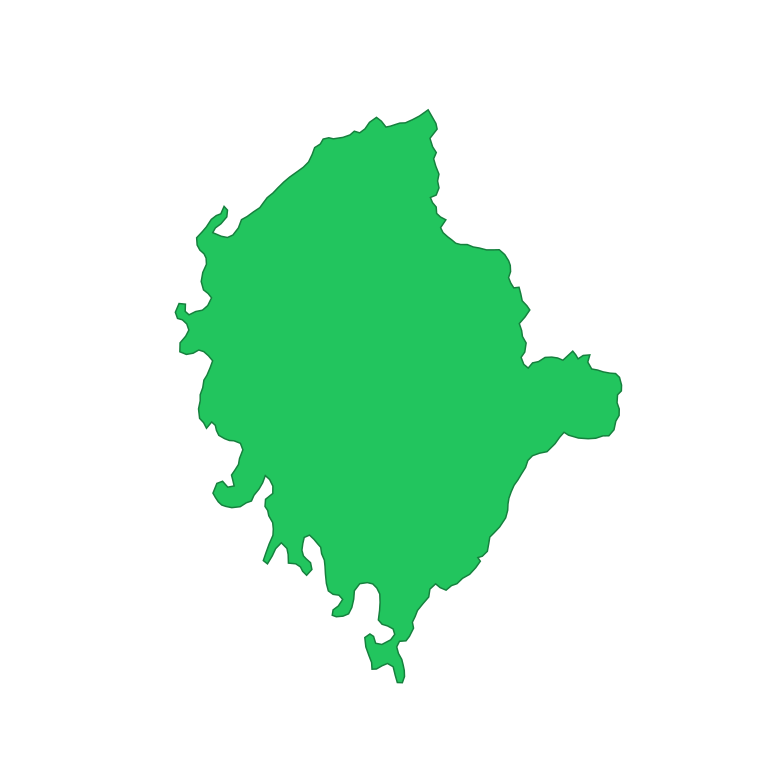 the district of Bocaina do Sul, Santa Catarina, Brazil, rotated 203°
{"feature_id": "56859067B6752568486207", "entity_name": "Bocaina do Sul", "entity_type": "district", "adm_level": 2, "iso_a3": "BRA", "parent_name": "Brazil", "parent_adm1": "Santa Catarina", "projection": "equal_earth", "projection_center": [-49.911, -27.76], "detail": "fine", "context": "isolated", "style": "filled", "palette": "green", "viewbox_px": 768, "rotation_deg": 203, "n_neighbors": 0, "source": "geoboundaries", "source_scale": "gbopen_adm2", "svg_char_len": 4251}
<svg xmlns="http://www.w3.org/2000/svg" viewBox="0 0 768 768"><g transform="rotate(203 384 384)"><path d="M494.6,231.4L499.0,227.2L498.8,216.7L494.9,213.7L490.5,210.8L486.1,209.2L481.9,209.5L475.8,210.7L468.4,214.9L464.3,220.9L460.3,224.5L460.2,230.8L458.0,238.5L457.1,245.7L457.5,253.3L452.0,251.4L446.4,246.6L443.6,239.8L448.0,231.6L445.7,224.8L441.6,222.1L438.6,217.7L432.3,212.9L429.2,207.2L427.1,201.3L427.2,191.8L426.7,182.5L426.1,174.3L421.0,172.9L419.7,182.1L419.4,190.1L416.5,197.7L409.1,194.7L405.6,189.6L402.0,181.8L395.0,184.0L389.5,183.0L385.7,179.8L380.5,177.7L377.9,185.1L381.8,190.8L387.2,192.6L391.0,194.3L394.6,198.9L396.4,205.4L397.5,211.6L393.5,215.8L387.9,213.7L382.3,210.8L378.5,209.0L375.1,203.4L370.1,198.6L367.1,193.2L363.6,186.1L359.1,177.9L354.4,171.8L348.7,170.5L343.0,172.0L337.9,169.6L339.3,161.8L342.6,156.2L341.3,150.9L337.0,151.1L331.0,154.3L326.8,158.6L326.3,165.7L327.8,174.1L330.5,182.1L328.3,190.7L321.7,194.7L316.3,195.6L310.9,193.4L305.8,189.0L302.3,181.5L299.6,173.9L297.0,164.6L291.9,162.1L286.2,162.7L279.9,162.1L276.3,157.7L277.9,151.1L284.2,143.4L290.4,142.1L295.0,147.6L299.3,148.4L302.6,143.1L298.0,134.9L292.0,128.4L286.6,122.8L283.6,116.8L279.6,118.7L275.6,124.0L271.6,128.1L265.1,127.3L259.8,120.2L255.1,114.4L250.4,116.2L250.8,122.7L253.4,128.2L256.4,132.6L260.0,137.4L265.4,141.6L269.6,147.0L269.2,153.2L263.4,156.2L262.0,161.6L261.4,170.8L264.8,175.8L264.5,182.1L264.7,188.6L262.3,197.0L259.6,205.4L261.6,213.1L258.4,220.2L252.7,218.5L246.3,218.5L243.1,224.8L238.8,228.7L235.8,235.8L230.8,242.3L227.8,250.7L226.1,258.5L229.8,260.9L226.2,263.9L223.5,270.4L225.2,277.9L226.8,284.4L224.6,289.8L221.7,297.6L219.7,308.3L220.8,316.1L223.0,322.0L224.4,327.7L224.8,334.4L224.7,341.6L223.3,347.9L222.4,354.5L221.1,362.5L221.7,369.8L219.3,376.0L213.9,381.0L207.5,385.4L203.2,395.9L201.5,403.7L199.4,409.9L194.1,409.0L188.4,409.7L184.0,410.2L179.6,411.7L174.7,413.4L167.9,416.8L162.2,421.8L156.8,424.2L154.4,431.7L156.1,440.4L155.3,446.9L157.7,452.9L162.2,457.9L164.8,465.3L162.8,470.4L164.9,475.8L169.8,482.1L174.9,484.1L180.2,482.3L187.0,480.8L192.8,480.3L198.7,479.0L205.0,483.8L205.9,491.2L211.8,488.1L215.2,483.0L219.1,485.9L223.1,488.0L228.6,475.8L234.3,475.8L240.1,474.3L246.1,471.4L250.5,465.0L255.5,461.5L257.5,455.0L263.0,456.7L268.2,462.1L266.9,468.4L269.2,477.3L275.1,481.8L278.2,487.0L283.1,492.5L280.4,500.7L278.7,509.1L283.1,511.9L289.3,514.6L293.4,520.5L297.5,525.8L302.1,523.2L306.8,526.5L310.9,530.6L311.4,536.9L314.1,542.5L317.4,546.1L323.4,550.3L330.4,552.6L336.1,550.0L342.0,547.5L349.5,546.4L355.4,545.0L361.8,544.9L368.0,542.3L373.0,541.6L377.8,543.1L383.0,544.4L388.8,546.4L393.0,550.0L391.2,559.3L397.3,559.8L402.2,561.6L405.1,567.3L410.2,569.9L414.2,573.8L409.8,578.3L410.0,586.0L414.0,591.8L415.4,598.6L421.6,604.9L426.3,610.7L426.3,617.5L431.9,621.3L437.7,628.1L434.7,639.4L438.0,644.1L443.9,648.6L450.5,653.6L456.1,644.5L461.1,638.4L466.4,632.7L471.3,630.4L474.7,627.5L478.9,623.8L482.6,621.3L489.1,624.9L495.1,626.5L499.6,619.2L501.2,611.4L504.5,605.7L510.1,605.1L512.6,600.0L518.1,595.0L526.4,589.9L531.0,589.1L535.7,585.7L536.4,580.0L540.2,574.5L539.8,567.3L540.2,558.9L542.9,552.1L547.6,544.3L551.6,537.8L555.2,530.7L558.3,523.2L560.9,516.3L564.3,510.0L565.7,504.3L567.2,497.8L571.3,491.6L575.4,484.7L579.4,479.6L579.0,470.8L581.3,462.1L585.3,457.7L591.5,456.4L596.4,456.4L600.8,456.4L600.2,461.8L596.7,467.8L594.0,476.4L596.0,482.9L600.6,485.0L600.7,476.9L604.2,473.5L607.3,468.0L608.9,459.1L610.9,452.8L613.6,445.4L610.3,438.9L605.8,435.3L600.5,433.5L596.9,430.3L594.2,424.8L594.4,415.9L592.3,406.9L586.9,400.1L581.3,398.6L576.4,395.9L576.9,387.3L580.0,381.0L585.7,377.1L590.5,371.5L595.4,373.2L598.0,379.9L604.1,378.0L604.1,368.5L599.7,363.7L594.7,364.3L589.0,362.2L584.7,357.4L585.2,350.6L587.8,342.2L584.5,333.9L577.5,334.0L571.7,337.8L567.8,342.9L562.6,343.4L556.6,341.4L550.8,338.4L550.4,331.2L550.4,322.9L551.3,317.2L549.4,309.8L549.0,302.3L546.6,296.7L545.0,288.6L540.3,280.3L534.9,277.9L530.1,273.9L527.8,281.7L523.1,280.0L520.1,275.8L516.0,272.2L509.3,271.4L504.2,271.6L500.0,273.1L493.0,273.3L488.2,268.3L487.9,259.0L486.5,253.1L487.6,246.5L488.8,240.6L485.6,236.4L482.1,231.6L487.5,228.0L494.6,231.4Z" fill="#22c55e" stroke="#15803d" stroke-width="1.5"/></g></svg>